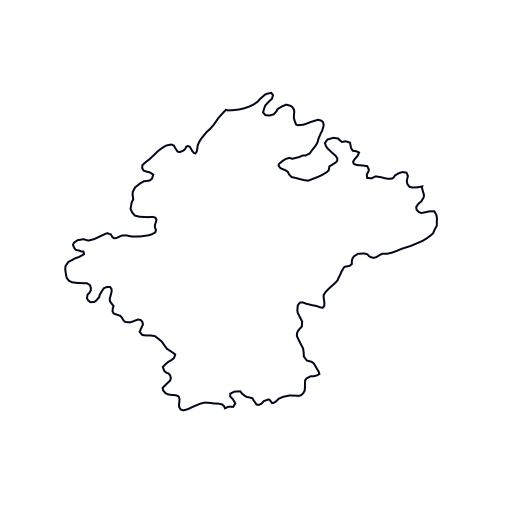 Smalyavichy, Minsk, Belarus, rotated 335°
{"feature_id": "67162791B46914171064537", "entity_name": "Smalyavichy", "entity_type": "district", "adm_level": 2, "iso_a3": "BLR", "parent_name": "Belarus", "parent_adm1": "Minsk", "projection": "equal_earth", "projection_center": [28.153, 53.988], "detail": "fine", "context": "isolated", "style": "outline", "palette": "ink", "viewbox_px": 512, "rotation_deg": 335, "n_neighbors": 0, "source": "geoboundaries", "source_scale": "gbopen_adm2", "svg_char_len": 5619}
<svg xmlns="http://www.w3.org/2000/svg" viewBox="0 0 512 512"><g transform="rotate(335 256 256)"><path d="M290.5,110.8L284.7,113.1L280.1,115.1L273.3,119.1L268.6,121.2L263.4,122.9L259.4,124.8L255.6,126.7L252.6,128.7L250.0,131.0L248.5,133.4L246.3,136.4L244.4,137.4L243.2,136.3L242.5,133.5L242.4,131.3L242.1,129.0L240.8,127.6L239.0,127.4L237.1,129.1L234.7,129.8L231.4,129.7L229.7,128.9L229.0,128.0L228.3,123.2L228.3,121.3L226.2,119.1L221.6,118.0L218.7,118.1L213.5,119.0L210.6,119.8L205.2,121.7L200.0,123.4L195.2,124.4L191.4,125.7L190.0,128.2L190.2,131.1L192.9,133.7L194.9,135.1L197.3,138.8L194.5,141.9L191.8,142.6L189.4,142.1L186.1,140.9L182.0,141.2L175.5,142.7L171.3,145.9L169.8,149.0L168.8,152.6L165.8,155.1L164.1,157.6L162.2,160.3L162.2,164.2L163.3,168.2L166.9,171.1L170.9,173.3L174.7,175.2L178.7,176.8L181.0,178.7L181.1,181.1L179.7,182.8L177.5,185.2L176.5,187.3L176.3,190.1L174.8,192.0L171.3,192.3L168.0,192.0L164.6,191.0L160.3,189.7L156.5,188.1L151.5,185.8L147.3,182.6L143.3,180.8L140.2,180.7L137.0,180.7L134.8,179.9L133.8,178.1L133.6,175.2L130.9,172.5L128.7,172.3L124.5,172.3L119.4,172.3L116.6,172.3L110.9,171.3L109.1,170.0L106.9,167.9L101.0,166.3L96.7,167.0L94.8,168.5L94.7,172.3L95.4,174.5L98.0,176.3L99.7,178.1L101.5,179.1L100.9,181.7L95.1,182.1L91.5,181.7L83.4,182.1L79.0,184.7L77.5,187.4L76.2,191.6L75.3,195.1L75.2,195.8L76.0,199.4L78.1,202.0L81.8,204.4L86.9,207.1L91.3,209.3L93.2,212.3L92.9,214.9L91.9,217.1L89.5,219.0L87.0,219.8L85.0,222.7L85.0,225.0L86.3,227.8L89.9,229.3L91.9,229.0L96.4,227.1L97.8,225.3L101.3,222.8L104.5,220.9L107.4,221.0L110.7,222.4L111.1,224.9L110.2,227.1L108.1,229.7L105.2,233.2L104.5,235.5L105.2,238.9L105.8,241.1L103.9,243.2L102.5,245.8L102.8,248.1L105.2,250.4L107.7,252.9L108.4,255.3L108.7,258.5L109.6,260.5L113.7,262.9L116.8,263.3L120.0,263.5L122.2,263.7L124.4,265.2L125.2,267.6L124.6,270.3L121.6,272.8L118.5,275.5L119.6,279.6L122.9,281.6L126.8,283.4L130.5,285.9L132.4,289.5L134.4,293.6L135.3,298.9L136.1,302.6L139.2,307.5L141.2,311.1L138.5,313.9L135.2,314.6L131.3,315.0L128.3,315.8L124.6,317.3L124.3,321.3L125.1,323.4L127.2,325.7L127.7,328.0L127.2,330.7L125.4,332.7L121.0,334.1L115.7,336.0L115.0,338.6L116.0,342.0L117.8,344.3L121.4,346.6L124.6,348.4L126.5,350.5L126.3,353.1L125.1,355.4L123.2,358.5L122.5,360.7L122.9,363.3L124.9,365.2L129.3,366.0L136.9,366.0L142.9,366.3L147.4,367.1L152.4,369.8L155.4,371.8L159.2,373.7L162.5,376.1L163.6,378.6L163.5,380.9L167.6,381.0L169.3,381.9L171.6,383.1L175.0,380.8L174.5,375.9L173.2,372.4L174.5,369.9L179.1,369.8L184.5,372.0L185.2,374.8L186.6,377.7L188.0,379.8L190.0,381.2L192.6,383.4L192.9,386.3L193.4,389.0L193.7,390.9L195.7,392.2L198.7,392.1L201.7,390.8L206.7,391.3L207.5,392.0L208.0,394.1L208.4,396.1L209.3,396.5L212.1,396.4L214.5,395.6L216.1,395.0L218.7,395.0L221.1,395.1L227.8,396.7L230.2,398.0L231.9,398.8L235.8,400.9L238.2,401.2L241.0,400.2L243.2,398.6L244.9,395.6L246.8,391.7L248.0,389.4L250.0,388.3L254.7,388.1L257.6,389.4L261.0,390.0L263.6,389.7L263.9,387.6L263.4,382.3L263.0,377.9L261.7,375.4L257.9,372.2L256.9,367.3L258.4,363.7L259.6,359.7L259.4,355.3L259.2,348.8L259.2,345.8L260.7,343.1L262.6,341.5L265.4,340.2L267.7,339.3L270.1,335.0L270.0,331.6L269.8,325.2L270.5,322.7L273.0,318.4L274.7,317.4L276.5,316.9L278.9,317.9L281.1,320.3L283.4,322.1L285.8,324.1L289.1,326.4L291.1,328.2L292.2,329.5L294.6,331.1L296.8,330.1L298.0,327.7L298.9,325.2L299.7,322.3L300.9,319.9L303.9,318.0L308.1,316.4L311.3,315.4L316.3,313.9L319.5,312.6L321.5,310.8L324.9,308.1L326.9,306.2L328.4,305.3L330.6,303.7L332.3,303.3L334.5,304.0L337.0,304.5L339.5,303.7L340.7,301.1L342.0,299.4L344.6,297.7L349.3,297.1L355.1,299.4L357.7,301.6L358.4,303.9L359.4,305.4L361.8,307.4L364.5,307.9L366.8,307.6L369.5,307.3L371.9,307.5L375.8,309.4L379.5,310.2L383.3,310.7L391.6,311.1L400.7,312.3L407.4,312.5L413.2,312.7L417.9,312.2L422.8,311.2L426.2,310.2L428.9,307.7L432.7,304.9L434.3,301.5L436.0,298.1L436.8,295.2L436.5,290.9L432.0,288.8L428.7,288.1L423.9,286.9L422.0,284.7L421.1,281.8L422.0,279.2L425.4,277.2L429.0,276.3L432.9,273.6L434.1,271.5L434.5,268.6L435.3,263.9L436.0,263.2L431.3,262.0L426.5,259.9L424.4,258.2L423.6,254.9L424.3,251.8L426.2,249.3L427.5,247.7L427.6,244.1L424.2,241.8L419.9,241.3L415.9,241.8L413.7,243.1L411.9,243.3L408.2,241.8L405.3,239.7L402.7,237.5L398.1,234.4L393.4,234.4L389.7,232.1L390.9,228.9L393.8,226.8L394.8,225.3L394.8,221.6L390.7,218.9L385.7,216.1L383.6,213.8L383.7,211.7L386.4,209.9L390.4,208.2L393.1,205.8L391.2,203.5L388.1,201.4L387.8,198.1L388.7,194.7L389.1,193.0L385.7,189.9L382.1,189.0L380.5,185.8L380.3,184.4L376.1,181.6L369.9,180.6L366.2,182.8L365.8,185.7L366.3,188.7L367.6,192.0L368.8,195.0L370.5,198.8L371.0,201.7L369.9,204.0L367.9,204.9L363.2,205.5L360.4,205.8L358.3,208.9L356.1,209.8L350.3,210.5L345.7,210.5L340.1,210.1L335.2,209.8L332.1,207.9L328.4,205.0L325.3,202.3L321.6,199.5L320.4,195.7L320.4,193.2L319.0,190.8L317.4,189.1L315.3,186.7L314.6,183.8L315.6,182.3L320.7,181.0L324.0,180.6L327.7,181.2L330.1,183.3L333.1,183.8L337.0,184.6L340.6,184.6L343.7,185.9L348.0,185.8L350.7,184.2L355.5,181.8L357.8,180.5L360.2,178.6L362.0,176.3L366.2,172.5L368.9,170.4L371.3,167.7L372.8,165.8L373.3,162.9L372.3,160.8L369.7,158.7L366.6,158.3L362.3,157.7L356.6,157.3L354.3,157.0L349.1,155.1L347.9,153.8L348.1,150.5L348.6,146.9L350.2,143.9L351.6,141.6L352.3,139.2L351.8,136.2L350.5,134.2L347.3,131.6L342.8,131.4L337.5,132.0L335.7,133.5L331.9,135.1L327.5,134.4L324.0,132.2L323.1,128.8L325.7,125.8L327.9,123.6L332.6,121.6L337.0,120.2L339.4,117.4L338.8,114.6L334.4,113.6L332.1,113.6L325.7,115.5L322.8,116.8L317.8,117.7L312.7,117.7L307.3,117.1L302.0,115.9L295.9,113.8L291.6,111.9L290.5,110.8Z" fill="none" stroke="#020617" stroke-width="2"/></g></svg>